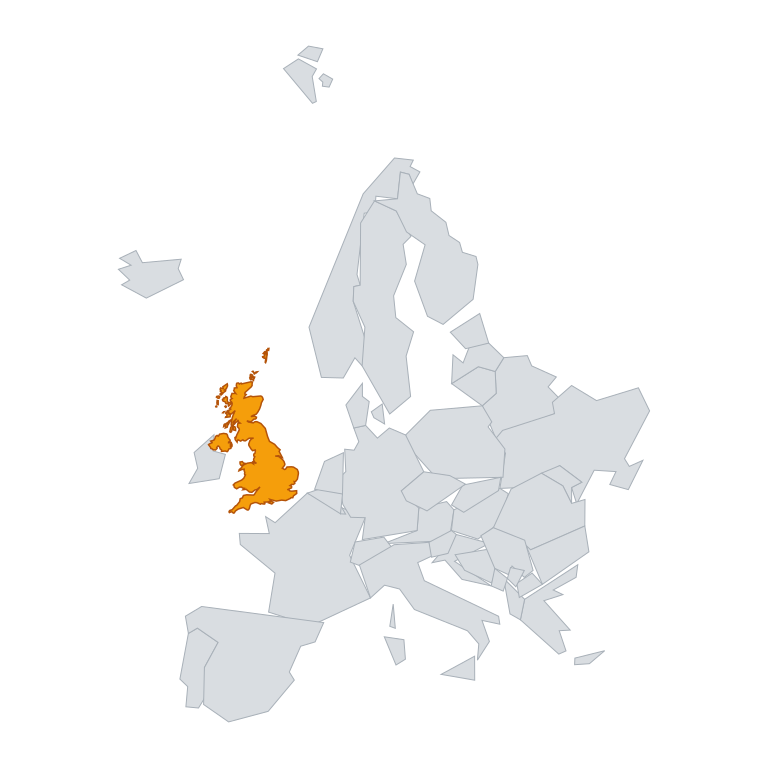 United Kingdom highlighted on a map of Europe
{"feature_id": "GBR", "entity_name": "United Kingdom", "entity_type": "country or territory", "adm_level": 0, "iso_a3": "GBR", "parent_name": "Europe", "parent_adm1": "", "projection": "orthographic", "projection_center": [-4.115, 55.427], "detail": "fine", "context": "in_parent", "style": "filled", "palette": "amber", "viewbox_px": 768, "rotation_deg": 0, "n_neighbors": 37, "source": "natural_earth", "source_scale": "50m", "svg_char_len": 13251}
<svg xmlns="http://www.w3.org/2000/svg" viewBox="0 0 768 768"><path d="M283.5,68.6L298.4,58.9L316.5,68.9L312.2,76.5L316.3,101.5L312.5,103.3L283.5,68.6ZM419.9,171.9L412.7,184.4L409.1,174.3L400.4,172.1L397.5,198.8L375.9,196.2L374.8,212.0L364.2,213.2L357.0,274.5L360.2,285.2L353.8,286.6L353.2,301.3L367.0,344.9L362.1,365.8L354.9,357.8L343.3,378.0L321.4,377.4L309.0,327.2L363.2,193.8L394.5,158.0L413.3,160.1L410.1,166.6L419.9,171.9ZM322.9,48.8L317.4,61.7L297.9,55.1L308.5,46.1L322.9,48.8ZM332.7,79.1L329.1,87.1L322.4,86.2L322.8,82.1L319.0,78.6L323.4,73.8L332.7,79.1Z" fill="#d9dde1" stroke="#a8b0b8" stroke-width="1"/><path d="M307.3,493.1L365.2,517.7L349.6,555.3L370.5,597.9L310.9,625.7L268.6,612.1L275.0,573.1L240.3,544.5L239.3,533.4L269.3,533.6L265.6,516.6L275.1,522.7L307.3,493.1ZM389.8,626.3L393.2,604.1L395.3,628.3L389.8,626.3Z" fill="#d9dde1" stroke="#a8b0b8" stroke-width="1"/><path d="M362.1,365.8L364.9,327.1L353.2,301.3L353.8,286.6L360.2,285.2L360.6,223.0L374.5,200.9L396.3,211.0L410.9,236.4L403.1,244.3L406.3,264.4L393.6,295.8L395.8,317.6L413.6,331.8L406.1,356.1L410.6,396.5L389.7,414.0L362.1,365.8Z" fill="#d9dde1" stroke="#a8b0b8" stroke-width="1"/><path d="M503.8,357.7L527.3,355.6L531.7,365.9L556.3,377.0L548.1,386.9L558.6,397.7L554.5,413.7L495.8,438.5L482.3,405.8L496.2,393.4L495.2,371.5L503.8,357.7Z" fill="#d9dde1" stroke="#a8b0b8" stroke-width="1"/><path d="M629.3,466.4L642.9,460.3L628.3,489.6L609.8,484.5L616.0,471.6L594.2,470.2L576.7,503.8L571.6,487.5L581.8,482.2L559.7,465.6L528.6,487.2L499.9,488.4L505.5,453.3L495.8,438.5L502.6,430.4L554.5,413.7L552.4,402.3L571.6,385.5L596.5,400.6L638.4,387.8L649.6,410.9L624.5,458.7L629.3,466.4Z" fill="#d9dde1" stroke="#a8b0b8" stroke-width="1"/><path d="M482.3,405.8L491.8,421.9L488.1,426.9L504.9,449.0L503.0,477.3L437.0,478.7L408.2,446.6L405.6,435.0L430.3,410.3L482.3,405.8Z" fill="#d9dde1" stroke="#a8b0b8" stroke-width="1"/><path d="M453.9,509.8L450.2,533.5L437.5,541.1L383.8,543.6L417.1,530.5L418.8,508.1L446.6,501.6L453.9,509.8Z" fill="#d9dde1" stroke="#a8b0b8" stroke-width="1"/><path d="M499.9,488.4L508.3,493.7L500.2,522.2L477.9,539.1L451.4,530.5L453.9,509.8L499.9,488.4Z" fill="#d9dde1" stroke="#a8b0b8" stroke-width="1"/><path d="M541.4,473.2L559.7,465.6L581.8,482.2L571.6,487.5L571.6,503.4L562.9,485.9L541.4,473.2Z" fill="#d9dde1" stroke="#a8b0b8" stroke-width="1"/><path d="M571.6,503.4L585.0,499.5L584.8,526.0L530.6,549.8L493.4,527.7L511.1,489.0L541.4,473.2L562.9,485.9L571.6,503.4Z" fill="#d9dde1" stroke="#a8b0b8" stroke-width="1"/><path d="M495.2,371.5L496.2,393.4L482.3,405.8L451.6,383.6L478.3,366.7L495.2,371.5Z" fill="#d9dde1" stroke="#a8b0b8" stroke-width="1"/><path d="M488.7,343.1L503.8,357.7L495.2,371.5L478.3,366.7L451.6,383.6L453.0,354.8L463.1,362.9L470.6,343.5L488.7,343.1Z" fill="#d9dde1" stroke="#a8b0b8" stroke-width="1"/><path d="M479.7,313.5L488.7,343.1L465.6,348.7L450.3,332.2L479.7,313.5Z" fill="#d9dde1" stroke="#a8b0b8" stroke-width="1"/><path d="M405.6,435.0L423.8,471.8L401.3,490.9L418.8,508.1L417.1,530.5L362.3,539.6L365.2,517.7L350.7,517.3L342.8,504.3L338.7,478.5L345.8,471.6L344.7,449.2L354.1,450.2L358.8,441.7L353.8,428.0L365.6,425.4L377.4,438.1L389.3,428.0L405.6,435.0Z" fill="#d9dde1" stroke="#a8b0b8" stroke-width="1"/><path d="M525.9,545.2L530.6,549.8L584.8,526.0L588.9,551.8L542.4,584.3L525.9,545.2Z" fill="#d9dde1" stroke="#a8b0b8" stroke-width="1"/><path d="M604.7,650.7L589.4,663.7L574.6,664.7L574.9,658.1L604.7,650.7ZM524.6,599.3L577.8,564.7L576.1,577.3L553.2,590.0L562.9,594.6L543.9,600.7L570.2,630.1L559.2,630.7L566.0,650.9L558.8,654.1L520.4,619.8L524.6,599.3Z" fill="#d9dde1" stroke="#a8b0b8" stroke-width="1"/><path d="M524.6,599.3L520.4,619.8L510.0,613.9L503.6,578.3L524.6,599.3Z" fill="#d9dde1" stroke="#a8b0b8" stroke-width="1"/><path d="M456.3,534.5L489.3,543.4L454.5,561.3L491.2,585.9L462.0,579.4L445.0,560.1L432.1,562.7L456.3,534.5Z" fill="#d9dde1" stroke="#a8b0b8" stroke-width="1"/><path d="M383.8,537.1L394.4,550.9L364.3,567.4L350.3,562.1L355.1,542.0L383.8,537.1Z" fill="#d9dde1" stroke="#a8b0b8" stroke-width="1"/><path d="M340.4,505.3L345.6,514.1L340.5,513.8L340.4,505.3Z" fill="#d9dde1" stroke="#a8b0b8" stroke-width="1"/><path d="M342.5,494.0L340.5,513.8L307.3,493.1L330.0,485.5L342.5,494.0Z" fill="#d9dde1" stroke="#a8b0b8" stroke-width="1"/><path d="M343.4,452.7L342.5,494.0L314.6,489.3L324.5,461.4L343.4,452.7Z" fill="#d9dde1" stroke="#a8b0b8" stroke-width="1"/><path d="M188.4,633.4L197.4,628.1L218.1,642.4L204.4,667.6L209.2,690.6L198.5,708.0L185.9,706.8L187.7,686.6L179.9,679.1L188.4,633.4Z" fill="#d9dde1" stroke="#a8b0b8" stroke-width="1"/><path d="M203.6,704.5L204.4,667.6L218.1,642.4L197.4,628.1L188.4,633.4L185.4,616.2L201.6,606.5L323.7,622.6L315.1,641.9L300.7,646.2L289.3,672.0L294.3,680.1L268.2,711.3L228.6,721.9L203.6,704.5Z" fill="#d9dde1" stroke="#a8b0b8" stroke-width="1"/><path d="M225.4,454.4L219.2,478.7L189.0,483.5L197.7,468.3L194.1,452.5L214.0,434.7L213.2,451.0L225.4,454.4Z" fill="#d9dde1" stroke="#a8b0b8" stroke-width="1"/><path d="M394.1,544.7L429.0,542.3L433.4,555.3L417.7,562.6L424.3,580.7L498.6,616.3L499.8,624.2L482.0,620.4L489.4,641.5L477.4,660.2L478.8,643.9L467.5,630.8L414.4,609.5L399.6,589.0L384.5,585.2L370.5,597.9L359.4,565.0L394.1,544.7ZM441.1,674.4L474.6,656.2L474.7,680.2L441.1,674.4ZM384.3,636.8L403.9,639.7L405.4,659.2L396.0,665.0L384.3,636.8Z" fill="#d9dde1" stroke="#a8b0b8" stroke-width="1"/><path d="M365.6,425.4L353.8,428.0L345.9,405.0L362.4,383.3L362.4,396.4L369.2,401.6L365.6,425.4ZM382.2,404.0L384.6,424.0L373.9,417.7L371.3,411.8L382.2,404.0Z" fill="#d9dde1" stroke="#a8b0b8" stroke-width="1"/><path d="M181.2,259.2L178.2,268.6L183.5,279.7L146.3,298.1L121.6,284.8L129.7,280.1L118.4,269.3L131.1,265.2L119.6,258.3L136.0,250.5L142.4,262.7L181.2,259.2Z" fill="#d9dde1" stroke="#a8b0b8" stroke-width="1"/><path d="M429.0,542.3L451.4,530.5L456.3,534.5L448.0,553.4L431.5,557.2L429.0,542.3Z" fill="#d9dde1" stroke="#a8b0b8" stroke-width="1"/><path d="M409.1,174.3L417.3,193.8L429.8,198.5L431.2,210.8L445.9,222.3L449.0,235.5L459.6,242.5L462.4,252.3L476.0,256.5L477.9,264.4L473.1,299.3L443.1,324.4L427.5,316.3L414.6,281.1L425.1,244.8L406.5,231.9L396.3,211.0L374.5,200.9L397.5,198.8L400.4,172.1L409.1,174.3Z" fill="#d9dde1" stroke="#a8b0b8" stroke-width="1"/><path d="M500.8,477.3L498.5,490.6L463.7,512.3L451.5,505.0L462.7,485.1L500.8,477.3Z" fill="#d9dde1" stroke="#a8b0b8" stroke-width="1"/><path d="M423.8,471.8L449.8,475.6L465.4,484.1L427.0,510.9L406.3,500.8L401.3,490.9L423.8,471.8Z" fill="#d9dde1" stroke="#a8b0b8" stroke-width="1"/><path d="M491.6,583.1L464.6,570.3L455.1,554.7L490.7,548.8L497.0,566.9L491.6,583.1Z" fill="#d9dde1" stroke="#a8b0b8" stroke-width="1"/><path d="M532.1,573.1L542.4,584.3L519.3,597.5L516.8,583.4L532.1,573.1Z" fill="#d9dde1" stroke="#a8b0b8" stroke-width="1"/><path d="M480.9,535.7L493.4,527.7L524.7,540.2L533.1,570.4L524.3,577.4L512.0,566.0L508.4,574.6L494.8,568.4L480.9,535.7Z" fill="#d9dde1" stroke="#a8b0b8" stroke-width="1"/><path d="M507.4,578.5L503.2,591.1L491.2,585.9L494.8,568.4L507.4,578.5Z" fill="#d9dde1" stroke="#a8b0b8" stroke-width="1"/><path d="M515.9,586.8L507.4,578.5L510.5,567.5L524.3,570.5L515.9,586.8Z" fill="#d9dde1" stroke="#a8b0b8" stroke-width="1"/><path d="M260.0,486.9L257.1,489.4L254.9,490.0L251.9,492.3L249.4,492.0L246.2,489.3L243.0,489.7L244.3,488.3L242.6,488.0L241.6,487.1L239.5,487.1L236.7,488.8L234.6,487.5L234.2,487.0L233.9,485.2L233.3,484.9L235.0,483.1L241.6,480.1L243.8,478.2L245.4,474.9L244.7,474.6L244.5,473.9L244.8,472.4L244.1,470.6L244.2,469.2L241.9,469.5L238.9,470.8L239.3,469.5L241.5,467.7L242.7,465.7L244.2,464.6L247.3,463.2L251.3,462.6L253.4,463.9L252.7,461.8L253.7,461.3L255.0,463.2L256.5,463.1L255.0,462.5L253.6,460.0L253.7,458.9L254.8,456.7L253.9,456.1L253.7,455.0L253.9,454.0L255.0,453.2L255.4,450.5L255.2,449.9L252.6,450.7L251.2,449.2L248.9,445.5L248.7,444.1L249.8,440.9L251.5,438.8L253.6,438.1L249.1,438.2L245.5,440.8L244.0,440.8L242.9,439.8L240.6,441.1L238.0,439.8L237.3,440.9L237.1,442.1L235.2,439.6L234.9,437.6L235.4,437.2L235.9,437.6L236.7,435.1L239.3,429.8L238.9,428.3L237.4,426.8L237.7,424.1L238.0,423.3L240.1,423.1L237.9,421.4L238.3,419.8L237.2,421.7L235.8,422.3L234.7,423.8L234.5,423.2L234.7,421.1L236.6,418.6L233.3,421.8L233.0,422.5L233.4,424.7L233.2,425.6L231.6,431.4L230.8,432.3L229.8,431.8L230.6,427.8L232.2,425.1L231.2,424.9L231.4,421.2L231.9,420.0L232.1,418.3L233.4,414.3L233.9,413.7L234.1,412.7L235.2,410.6L231.2,414.0L229.4,413.5L228.8,412.8L228.6,411.5L227.3,411.0L228.1,410.4L229.4,410.1L230.7,409.1L229.6,408.3L230.7,407.4L231.9,405.3L232.2,403.3L231.4,401.7L230.3,401.0L230.3,399.7L232.1,398.5L231.3,398.1L230.8,396.6L232.0,393.4L234.1,393.5L234.6,393.1L235.7,393.5L233.7,390.6L234.2,389.5L234.3,388.0L237.0,387.7L236.3,385.8L236.5,383.8L237.0,383.1L238.6,383.0L239.3,384.0L241.1,383.1L241.6,383.9L250.9,381.8L252.5,382.0L252.1,383.8L252.1,385.5L251.3,386.8L245.1,392.4L244.8,394.0L246.2,394.5L244.4,396.7L244.0,398.2L250.8,396.1L252.9,396.7L260.7,396.0L261.7,396.4L262.5,397.4L263.2,399.4L261.4,402.8L260.9,405.2L259.6,408.9L257.6,412.4L256.2,414.2L253.1,415.3L250.9,416.6L254.5,416.1L256.5,417.2L256.3,418.2L255.5,419.0L253.7,419.2L252.1,420.9L250.5,421.8L246.9,420.8L248.4,422.0L253.2,422.9L255.0,421.7L257.0,421.7L260.9,423.5L265.3,428.4L267.6,436.6L269.5,441.4L274.6,444.3L277.4,447.5L280.1,449.8L279.1,451.4L282.3,457.5L280.6,457.0L278.7,455.7L275.2,456.1L278.6,456.4L282.6,459.6L284.0,461.5L284.9,464.2L284.5,465.4L282.3,468.2L284.6,469.5L285.5,469.2L287.0,467.0L291.5,466.8L293.5,467.1L297.3,469.5L298.3,472.0L298.4,473.7L297.4,479.1L295.9,481.1L295.0,481.8L294.2,481.6L294.8,483.5L293.2,484.5L291.8,484.3L290.0,485.6L291.4,486.1L291.7,486.8L291.5,487.9L287.2,489.8L288.1,489.5L288.8,489.7L289.7,490.9L291.7,491.2L296.6,490.7L296.7,493.5L293.5,495.8L292.8,497.7L291.0,497.7L290.2,498.5L285.7,500.6L281.7,500.1L276.2,501.1L270.0,499.4L270.9,500.5L268.4,501.9L264.2,502.2L264.9,503.7L264.2,504.1L261.2,503.6L260.4,504.2L257.0,502.7L254.9,502.5L251.0,503.9L250.2,505.2L249.3,508.6L248.4,509.9L247.3,510.0L243.3,507.5L238.2,509.1L235.4,511.0L234.3,512.9L233.3,513.1L232.3,512.1L231.2,511.8L229.4,512.6L229.1,512.2L229.1,511.3L229.9,510.4L232.2,509.7L235.5,505.9L236.6,505.4L239.6,501.7L240.2,498.7L242.4,497.9L243.4,495.5L246.7,494.8L253.5,495.1L254.4,494.5L255.8,492.1L260.0,486.9ZM225.3,451.0L221.5,451.4L221.5,449.8L220.2,449.0L219.6,447.2L218.5,446.0L218.1,445.9L216.7,447.5L217.1,448.4L215.5,450.0L213.0,449.7L212.4,449.0L210.8,448.5L210.6,447.5L208.5,444.7L209.4,443.9L212.0,442.8L212.1,442.5L210.7,441.1L213.9,440.2L214.9,438.6L215.6,436.4L217.1,435.4L218.1,436.2L218.7,435.7L219.5,434.2L223.6,433.4L226.6,433.9L227.4,435.0L227.8,436.8L228.8,438.5L230.1,440.1L230.1,441.0L228.6,442.1L228.6,442.7L229.8,442.3L231.2,442.4L232.1,444.9L232.0,445.8L230.4,444.2L230.4,446.7L231.3,446.9L230.8,448.4L228.9,448.9L227.8,451.1L227.1,451.7L225.3,451.0ZM227.5,386.0L226.4,388.6L224.5,390.0L225.7,390.3L225.5,391.1L223.3,392.7L222.4,394.0L221.9,394.0L221.0,395.1L220.0,394.1L221.9,392.5L220.4,391.2L221.0,390.5L220.2,389.8L220.3,388.5L220.8,387.9L221.9,388.5L223.2,388.5L222.8,386.8L227.2,383.8L227.5,384.9L227.5,386.0ZM227.4,397.8L227.3,400.5L227.5,401.9L229.6,402.8L231.0,402.7L231.3,403.4L228.6,406.1L228.4,406.0L228.3,403.7L225.9,403.6L225.0,401.7L223.1,401.1L222.4,399.8L222.9,399.0L223.9,398.9L223.7,398.0L225.6,397.5L225.8,396.5L226.7,396.8L227.4,397.8ZM265.1,351.7L265.3,353.8L265.7,353.5L266.4,354.5L267.1,354.1L266.3,360.8L265.6,362.7L265.2,362.3L265.7,359.2L265.5,358.6L265.3,358.1L264.1,358.3L263.9,357.6L262.8,357.4L262.6,356.7L264.8,355.9L264.1,353.8L263.2,353.5L264.7,351.7L265.1,351.7ZM230.1,416.8L225.5,417.4L225.7,416.8L226.7,416.5L227.1,414.5L225.6,413.2L225.9,412.6L227.5,412.1L228.7,413.9L230.3,414.6L230.1,416.8ZM243.4,463.0L244.7,463.3L241.8,465.9L241.3,465.2L240.9,465.2L240.1,463.9L240.0,462.0L242.3,461.6L243.4,463.0ZM226.9,423.0L227.5,426.2L227.2,427.2L225.3,427.9L225.6,426.9L225.4,425.3L223.7,426.5L224.0,424.8L224.5,424.1L225.3,424.1L226.9,423.0ZM252.7,375.6L252.3,376.4L254.7,377.1L254.3,378.1L252.9,377.4L251.6,377.7L251.1,377.4L251.0,376.5L250.3,376.9L250.1,376.2L250.4,374.5L250.9,374.3L252.4,375.0L252.7,375.6ZM235.6,430.5L233.6,430.0L233.1,427.9L233.3,427.2L233.8,426.6L234.9,426.8L235.6,428.6L235.6,430.5ZM273.5,502.4L271.8,504.0L268.8,502.9L271.1,501.2L273.5,502.4ZM228.2,424.8L227.6,424.9L227.4,423.6L228.8,422.4L228.3,422.1L228.6,421.3L230.4,420.2L228.2,424.8ZM219.0,396.0L219.8,396.9L219.0,398.3L217.9,398.2L216.4,397.1L216.8,396.4L219.0,396.0ZM218.2,404.6L217.1,404.4L216.9,402.8L217.1,400.5L218.2,400.7L218.2,404.6ZM267.1,353.0L266.2,351.7L266.6,349.9L267.3,349.9L267.4,350.4L267.0,351.0L267.1,353.0ZM254.9,373.6L254.3,374.0L254.0,373.7L253.9,372.7L252.4,371.5L253.0,371.2L254.2,372.8L254.9,373.0L254.9,373.6ZM251.6,379.6L250.7,379.8L250.0,378.9L249.8,377.9L250.8,377.9L251.6,379.6ZM268.9,348.4L268.6,350.4L267.9,350.2L267.9,348.5L268.9,348.4ZM256.3,372.9L255.4,372.9L255.9,372.0L257.4,371.8L256.3,372.9ZM226.1,407.2L225.6,407.4L224.9,406.4L225.8,405.9L226.3,406.6L226.1,407.2ZM253.5,380.4L253.1,380.2L252.6,379.2L253.7,379.1L253.5,380.4ZM223.2,412.9L222.7,412.8L223.6,411.8L224.3,411.7L223.2,412.9ZM216.7,406.9L216.0,407.0L215.7,406.7L215.9,406.2L216.4,406.0L216.8,406.3L216.7,406.9Z" fill="#f59e0b" stroke="#b45309" stroke-width="1.5"/></svg>